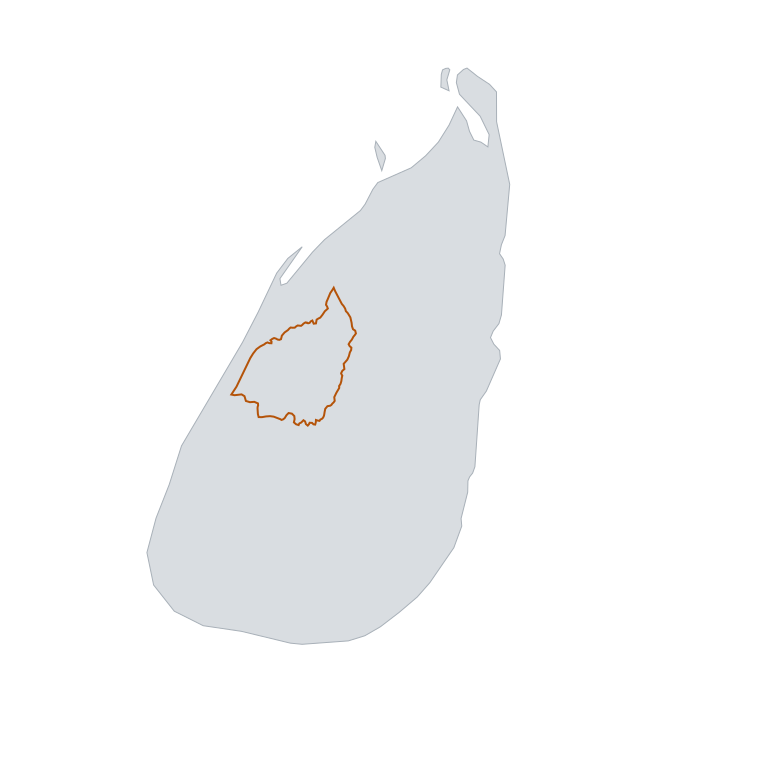 location of Kuruṇægala within Sri Lanka, rotated 35°
{"feature_id": "LKA-2461", "entity_name": "Kuruṇægala", "entity_type": "District", "adm_level": 1, "iso_a3": "LKA", "parent_name": "Sri Lanka", "parent_adm1": "", "projection": "robinson", "projection_center": [80.272, 7.727], "detail": "fine", "context": "in_parent", "style": "outline", "palette": "amber", "viewbox_px": 768, "rotation_deg": 35, "n_neighbors": 0, "source": "natural_earth", "source_scale": "10m", "svg_char_len": 3143}
<svg xmlns="http://www.w3.org/2000/svg" viewBox="0 0 768 768"><g transform="rotate(35 384 384)"><path d="M270.8,77.6L284.2,78.4L298.6,78.0L308.6,80.2L325.8,104.6L372.5,148.4L398.0,192.9L400.3,202.6L403.9,211.0L410.0,213.3L415.1,217.2L440.6,260.1L443.5,268.6L443.1,278.0L444.6,284.9L451.2,288.4L459.5,290.2L465.0,296.7L471.9,331.0L471.9,341.7L473.8,346.3L505.9,399.6L507.7,406.1L507.4,411.0L508.3,415.2L514.6,424.6L524.3,450.0L529.2,455.8L535.1,478.0L535.5,520.5L533.4,539.4L527.4,562.4L520.3,584.9L512.7,601.2L502.1,614.9L466.2,644.2L455.9,650.0L409.0,668.4L374.5,685.7L342.5,690.4L310.6,680.8L286.5,658.1L274.2,624.6L265.8,589.7L253.6,550.8L244.2,430.9L239.7,397.4L232.5,354.7L233.2,336.2L238.3,318.5L238.3,357.4L243.0,362.2L246.6,357.2L249.8,316.9L252.5,299.8L265.2,255.4L265.4,247.6L263.2,230.9L263.4,222.5L282.3,191.3L287.2,173.2L289.8,154.7L288.8,134.6L285.3,114.8L300.7,121.1L309.1,128.0L317.7,132.7L324.6,130.3L333.1,130.2L327.1,119.4L309.2,109.5L279.7,103.4L270.4,95.6L266.9,88.7L268.7,80.8L270.8,77.6ZM255.8,198.5L259.8,210.5L248.3,202.2L240.7,195.4L238.1,189.9L253.7,196.1L255.8,198.5ZM269.1,106.5L260.3,108.2L253.4,97.6L251.8,93.1L253.6,90.0L255.5,88.4L257.7,88.9L261.0,98.8L269.1,106.5Z" fill="#d9dde1" stroke="#a8b0b8" stroke-width="1"/><path d="M332.2,467.1L330.9,464.0L328.9,461.7L325.6,461.1L322.5,462.5L322.0,465.5L322.2,468.8L321.7,470.7L320.7,472.2L319.2,472.3L312.4,474.0L309.1,475.7L306.0,478.2L303.1,481.1L300.3,483.0L297.9,480.9L294.4,476.5L293.6,475.2L293.2,473.8L291.9,472.2L288.0,473.0L284.6,475.8L280.6,477.1L276.7,474.0L273.3,474.2L268.0,478.9L265.0,480.2L264.7,470.8L259.6,439.5L259.3,434.1L259.6,428.6L261.1,424.2L263.2,420.2L263.7,418.4L264.7,416.8L266.7,416.3L268.4,415.2L267.6,413.8L265.9,413.3L266.6,411.2L267.6,409.4L269.4,408.8L271.4,408.6L272.9,407.9L273.9,406.4L273.3,404.7L272.6,403.0L273.0,398.8L274.4,394.9L274.6,393.1L275.1,391.3L276.9,390.3L278.6,389.0L279.0,387.2L279.7,385.6L282.7,383.9L283.2,382.4L283.4,380.8L284.3,378.6L286.4,377.6L286.2,377.8L286.1,378.1L287.0,377.8L288.0,376.6L288.1,374.6L288.9,373.1L291.8,374.9L293.5,373.4L291.9,369.9L292.7,368.0L293.7,366.2L293.9,362.6L293.8,358.3L294.3,356.3L294.7,354.4L293.0,353.2L291.1,352.4L289.8,349.6L289.2,346.5L287.8,340.2L287.8,337.0L287.6,334.0L290.6,335.9L303.5,342.6L306.2,343.3L308.9,344.5L311.0,346.2L313.6,346.7L318.2,348.7L322.4,352.5L324.7,355.1L327.2,356.9L329.8,356.8L332.0,358.7L332.0,360.7L331.8,362.7L332.2,366.1L332.0,369.0L332.2,371.7L334.2,372.7L336.4,372.9L337.6,375.0L337.9,377.7L339.3,381.4L340.0,385.1L339.4,390.6L343.0,394.5L342.3,397.1L342.7,399.8L343.9,400.6L345.0,401.0L346.0,403.4L347.4,406.1L348.3,408.8L348.4,411.5L348.9,411.9L349.6,413.0L350.0,418.3L350.8,423.3L353.3,426.1L353.3,427.9L352.9,429.8L352.9,431.3L352.4,432.6L350.4,434.6L350.1,438.0L351.5,441.2L352.3,442.8L353.0,444.4L353.4,446.4L353.1,448.3L352.3,449.5L352.3,451.2L350.6,452.0L348.9,452.5L350.1,454.5L350.9,456.7L349.4,457.5L347.4,457.1L345.3,458.4L345.6,460.2L345.4,461.8L343.0,461.6L340.8,459.9L338.8,459.9L338.3,463.0L337.8,463.9L337.3,464.8L337.4,465.9L337.6,466.6L335.1,467.4L332.2,467.1Z" fill="none" stroke="#b45309" stroke-width="2"/></g></svg>